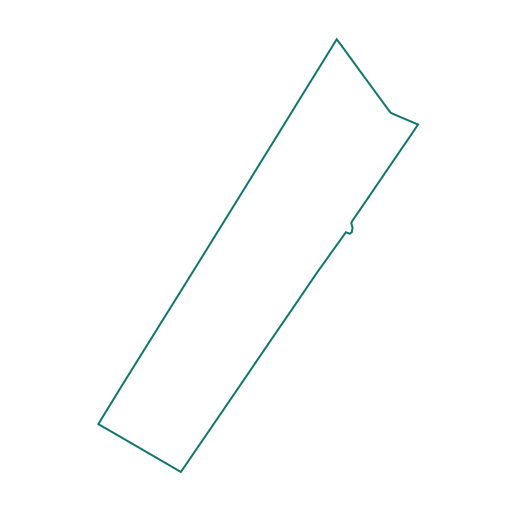 Sucupira do Norte, Maranhão, Brazil, rotated 353°
{"feature_id": "56859067B91383684307252", "entity_name": "Sucupira do Norte", "entity_type": "district", "adm_level": 2, "iso_a3": "BRA", "parent_name": "Brazil", "parent_adm1": "Maranhão", "projection": "equal_earth", "projection_center": [-44.257, -6.503], "detail": "fine", "context": "isolated", "style": "outline", "palette": "teal", "viewbox_px": 512, "rotation_deg": 353, "n_neighbors": 0, "source": "geoboundaries", "source_scale": "gbopen_adm2", "svg_char_len": 698}
<svg xmlns="http://www.w3.org/2000/svg" viewBox="0 0 512 512"><g transform="rotate(353 256 256)"><path d="M362.5,50.8L323.0,100.0L314.8,110.2L308.0,118.8L273.0,162.4L227.8,218.7L188.7,267.3L182.4,275.1L110.0,364.7L84.0,397.3L79.1,403.7L98.3,418.2L155.1,461.2L200.5,409.7L238.8,366.1L263.2,338.3L265.2,336.1L270.1,330.4L273.7,326.4L279.8,319.5L310.7,284.3L314.2,280.3L348.1,243.4L351.8,245.3L353.9,244.1L355.3,239.8L354.9,237.4L354.6,235.0L356.2,232.4L358.0,230.5L377.2,208.7L392.4,191.4L394.7,188.7L425.2,154.1L426.6,152.5L430.2,148.3L432.9,145.3L410.2,132.2L407.2,130.3L404.7,126.1L390.1,100.0L381.0,83.8L379.3,80.6L366.8,58.2L362.5,50.8Z" fill="none" stroke="#0f766e" stroke-width="2"/></g></svg>